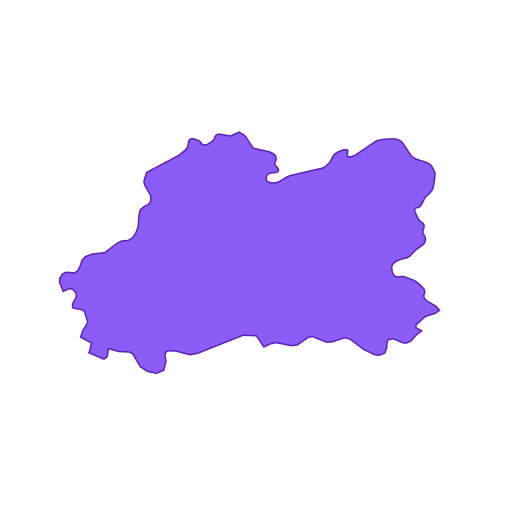 outline of Loiret, rotated 343°
{"feature_id": "FRA-5317", "entity_name": "Loiret", "entity_type": "Metropolitan department", "adm_level": 1, "iso_a3": "FRA", "parent_name": "France", "parent_adm1": "", "projection": "robinson", "projection_center": [2.43, 47.912], "detail": "fine", "context": "isolated", "style": "filled", "palette": "violet", "viewbox_px": 512, "rotation_deg": 343, "n_neighbors": 0, "source": "natural_earth", "source_scale": "10m", "svg_char_len": 2921}
<svg xmlns="http://www.w3.org/2000/svg" viewBox="0 0 512 512"><g transform="rotate(343 256 256)"><path d="M80.4,310.2L67.9,299.7L69.4,297.8L71.9,293.2L73.4,291.3L64.5,282.3L68.6,276.7L75.7,270.3L75.8,258.6L72.6,255.6L68.3,253.7L65.5,251.7L66.6,248.2L71.9,242.8L73.1,239.5L71.6,235.0L69.2,233.0L66.3,232.8L61.3,233.5L60.5,223.5L61.8,220.0L65.8,216.6L69.6,216.0L77.2,219.0L80.9,218.2L84.4,214.8L88.5,209.2L92.6,206.8L99.3,206.2L112.6,208.6L127.2,203.1L132.2,202.4L138.2,203.8L143.2,202.6L147.6,199.1L151.8,193.7L156.2,182.5L158.9,177.9L163.8,175.9L167.2,175.5L169.8,174.3L171.8,171.8L173.0,167.5L170.6,157.1L170.3,153.5L171.1,151.0L176.0,144.1L211.4,137.3L219.6,134.0L221.9,132.3L223.2,130.5L225.3,126.4L227.0,125.1L229.4,125.0L232.8,127.1L235.0,128.9L236.3,131.0L236.8,133.0L238.3,134.4L241.2,135.3L247.4,133.7L250.2,132.0L251.7,129.9L253.2,128.7L255.8,128.4L266.6,133.8L274.0,132.8L276.2,132.6L279.8,136.7L281.2,139.4L284.5,150.9L285.0,151.9L285.3,152.4L299.0,160.1L302.2,163.0L304.0,165.6L303.9,167.7L303.4,169.7L300.7,173.4L300.7,174.3L300.8,174.9L302.2,177.4L302.8,179.1L302.5,180.8L301.2,181.9L300.1,182.1L294.0,180.9L291.8,181.1L289.8,182.3L288.7,184.0L288.3,186.1L288.6,187.9L290.3,189.5L292.6,190.9L296.2,191.7L299.8,191.7L308.4,189.5L312.4,189.1L345.8,191.4L349.1,190.6L354.0,187.9L356.3,185.7L358.2,183.6L360.6,181.7L364.4,180.5L371.0,180.0L374.0,181.0L374.6,182.6L373.6,184.4L372.7,186.3L372.7,188.2L376.6,188.9L380.0,188.7L404.5,181.2L407.7,181.2L412.0,181.7L421.3,184.0L424.6,185.5L426.4,186.8L428.1,188.6L429.2,190.7L433.7,205.6L435.6,208.3L437.7,210.4L445.2,215.5L449.1,219.1L450.1,221.2L450.7,223.4L451.5,228.8L450.2,232.5L445.7,242.0L443.5,244.7L441.3,246.2L436.2,248.7L433.8,250.5L429.9,254.6L428.0,256.3L425.9,257.0L422.6,256.8L421.5,257.5L420.9,259.7L421.9,267.4L423.0,270.4L425.4,273.9L425.8,275.9L424.6,278.4L423.4,280.0L422.6,281.5L422.3,283.3L422.9,285.6L423.2,287.7L422.9,290.0L421.1,292.7L418.7,294.1L410.8,296.8L403.0,301.1L400.7,301.7L398.4,301.8L393.8,301.5L388.8,302.0L386.5,302.8L384.5,303.9L382.9,305.5L382.6,306.0L381.9,309.0L381.6,311.8L382.1,314.3L383.1,316.2L385.7,317.7L387.9,317.8L390.4,318.5L392.5,319.7L399.4,325.1L402.1,327.9L405.5,333.4L407.0,336.8L407.0,339.7L404.6,343.4L404.7,345.9L406.2,348.9L413.5,356.8L415.6,361.6L410.5,363.2L401.0,363.3L398.6,364.0L388.6,368.8L388.5,370.0L387.9,371.2L392.5,376.1L387.4,377.7L378.8,382.8L373.6,383.2L370.1,381.2L363.0,375.2L357.8,374.7L355.9,377.3L354.0,382.3L350.7,386.5L344.6,387.0L340.3,384.8L331.7,376.8L321.4,362.8L317.0,360.1L303.7,360.4L298.1,358.9L286.5,349.6L282.2,349.0L269.5,353.2L263.1,351.9L250.4,344.9L244.6,344.2L236.9,345.3L233.1,332.4L220.4,328.0L171.2,332.0L163.9,331.1L151.2,323.3L144.4,321.0L141.4,321.7L140.1,323.9L139.1,330.5L134.3,338.3L126.7,339.1L118.9,335.0L113.1,328.3L109.4,313.3L106.6,310.7L96.8,307.2L87.7,301.4L84.8,307.9L83.5,309.2L80.4,310.2Z" fill="#8b5cf6" stroke="#5b21b6" stroke-width="1.5"/></g></svg>